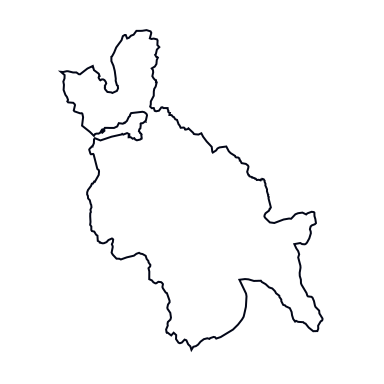 Solok, Sumatera Barat, Indonesia, rotated 5°
{"feature_id": "22746128B59065860162276", "entity_name": "Solok", "entity_type": "district", "adm_level": 2, "iso_a3": "IDN", "parent_name": "Indonesia", "parent_adm1": "Sumatera Barat", "projection": "natural_earth1", "projection_center": [100.733, -0.928], "detail": "fine", "context": "isolated", "style": "outline", "palette": "ink", "viewbox_px": 384, "rotation_deg": 5, "n_neighbors": 0, "source": "geoboundaries", "source_scale": "gbopen_adm2", "svg_char_len": 5960}
<svg xmlns="http://www.w3.org/2000/svg" viewBox="0 0 384 384"><g transform="rotate(5 192 192)"><path d="M82.2,75.1L77.1,78.1L70.2,84.5L69.0,84.5L66.5,83.0L63.2,83.3L58.0,82.5L56.6,82.6L53.2,83.7L50.9,83.7L54.9,86.6L55.1,90.0L54.2,93.2L55.1,96.4L55.2,101.5L57.4,106.2L59.2,108.3L60.5,111.1L59.9,112.6L60.8,113.5L65.9,113.5L67.4,114.7L67.9,115.6L67.1,121.1L67.9,121.9L73.8,123.4L75.3,123.1L76.0,123.7L77.0,127.0L76.7,135.5L85.0,141.0L89.4,144.6L90.4,142.7L92.0,142.1L93.8,142.0L95.3,141.0L96.9,137.7L97.6,137.4L98.0,137.6L98.0,138.0L96.9,139.9L96.9,140.5L97.4,140.8L99.4,138.7L99.0,136.7L99.6,135.7L108.7,135.0L111.8,133.2L113.1,129.8L117.2,130.0L118.6,128.8L119.0,129.1L121.0,126.8L122.5,122.7L123.5,121.8L123.6,120.5L124.5,118.7L135.7,116.4L137.6,116.7L139.1,117.6L140.1,118.5L140.5,119.6L139.8,124.8L139.4,125.2L139.6,125.9L139.1,125.8L136.8,127.8L135.2,128.0L134.8,128.5L135.1,130.1L135.0,133.1L134.1,134.1L133.8,136.1L135.1,137.3L135.2,137.9L136.3,138.4L136.8,139.3L136.5,139.7L137.2,142.6L136.8,143.0L137.0,143.4L135.7,144.3L132.6,145.3L130.9,144.7L129.8,143.4L128.3,144.1L126.0,142.7L124.1,143.0L124.0,141.5L124.6,140.9L124.3,140.4L124.5,139.9L122.2,139.0L118.5,140.8L117.4,140.2L116.9,140.8L107.1,143.9L96.3,148.6L90.6,146.9L89.8,148.1L90.0,151.9L89.3,154.2L88.3,155.4L89.9,155.3L88.4,155.4L86.3,157.8L85.9,158.8L87.5,162.7L88.1,163.2L90.2,162.7L90.7,163.1L95.7,177.3L97.2,178.3L97.6,179.6L97.6,183.1L95.1,188.6L94.3,190.3L93.7,190.1L92.5,192.3L91.5,192.5L90.9,194.7L88.2,199.1L87.6,201.4L87.8,203.8L88.5,204.6L89.1,207.5L90.9,209.1L92.1,212.7L92.7,213.6L93.2,216.0L92.4,218.5L93.0,220.8L92.5,222.0L92.7,225.1L93.5,230.7L93.4,233.6L94.7,235.1L95.0,238.6L95.7,239.6L98.1,240.0L100.2,242.9L101.6,243.7L102.4,248.9L104.9,250.1L104.8,250.5L107.4,250.9L108.7,250.7L111.2,249.4L113.0,247.1L116.3,245.3L116.9,245.5L117.6,246.2L117.5,248.9L116.7,251.0L117.7,252.9L117.8,254.0L117.2,259.4L118.5,261.3L122.6,265.0L125.4,264.8L127.0,265.4L132.7,262.8L139.7,260.5L142.0,258.4L144.6,257.2L146.0,257.9L148.1,258.1L151.4,259.6L152.7,262.7L154.5,264.5L154.9,266.0L156.9,268.3L156.8,269.8L155.3,271.7L156.4,274.9L157.0,282.6L159.8,283.6L161.4,285.3L163.5,286.2L164.4,286.0L166.3,284.4L169.1,284.5L170.0,285.1L171.1,286.3L170.8,289.2L171.4,290.5L174.6,294.5L175.8,294.9L179.1,302.2L179.3,303.8L177.9,306.2L177.5,309.4L177.8,310.5L180.9,314.3L182.0,319.0L181.6,321.0L179.3,323.6L179.1,325.5L179.5,327.2L178.2,331.2L178.9,334.1L179.3,334.5L179.9,334.2L183.8,336.7L186.0,333.8L188.7,335.9L188.9,339.9L191.7,343.3L193.1,343.7L195.0,342.9L197.5,339.7L199.3,340.2L201.5,344.1L203.8,345.9L205.2,349.3L206.8,346.1L209.3,345.2L211.3,343.6L213.5,340.4L216.6,337.6L220.0,336.4L222.2,336.8L222.8,336.0L226.2,334.5L227.7,334.7L228.9,335.9L233.2,334.0L244.8,325.5L249.4,320.1L252.9,314.7L254.3,311.8L254.8,308.5L255.7,301.7L255.4,291.2L254.7,288.5L246.9,275.3L252.4,274.1L255.9,274.1L261.4,275.2L268.4,274.4L269.3,275.5L273.4,277.4L277.1,280.3L280.4,281.1L283.3,283.6L284.6,285.6L288.0,287.7L288.2,288.9L290.3,291.3L290.5,293.0L292.7,296.5L294.5,296.8L295.4,297.7L299.6,299.2L301.7,302.9L302.4,306.0L303.9,309.7L306.0,312.1L306.9,311.3L309.0,312.1L314.2,312.0L315.3,312.9L316.6,313.2L320.1,316.9L324.9,320.1L329.0,319.6L329.7,317.2L329.3,314.2L331.5,309.6L332.7,308.8L333.1,307.9L333.0,306.6L329.5,301.9L329.0,299.1L325.1,295.8L324.4,294.5L323.0,290.0L321.2,286.7L320.1,286.0L316.7,285.9L315.9,285.2L314.9,282.7L309.2,274.8L308.5,273.3L308.1,269.8L306.7,266.3L306.3,263.1L306.7,258.0L306.4,256.0L303.5,247.9L304.2,244.7L302.9,241.6L300.9,239.2L298.5,235.0L304.3,233.4L306.2,234.3L308.7,234.3L309.6,234.0L310.9,232.5L312.9,228.0L314.0,222.8L313.7,221.0L312.7,218.8L313.2,216.0L314.3,214.8L317.2,213.4L318.2,212.2L317.2,208.1L316.1,205.3L315.7,201.9L315.1,201.4L312.9,201.3L308.8,203.2L307.7,204.4L303.8,202.9L299.5,203.9L296.9,205.2L293.1,210.0L291.0,210.0L285.7,211.4L276.7,215.7L272.2,215.5L267.3,211.5L266.3,210.2L266.3,208.8L267.1,206.8L270.3,203.9L270.8,202.1L271.1,202.2L271.9,200.5L268.8,191.7L268.9,190.3L268.4,190.0L268.0,188.4L268.8,188.5L267.9,187.9L266.6,184.7L266.5,182.8L264.5,179.0L264.5,177.5L263.4,175.4L263.4,174.5L262.3,173.1L260.8,172.8L260.6,173.5L259.5,173.6L259.3,174.4L257.5,174.0L255.5,174.4L254.4,173.3L253.6,173.3L253.3,172.8L250.7,172.4L250.7,172.0L247.8,171.3L247.3,170.2L246.6,170.0L245.2,167.1L246.0,163.0L246.0,161.6L245.4,160.7L243.2,159.3L238.9,158.9L237.6,156.8L236.9,156.6L236.9,155.8L236.3,155.1L236.2,154.4L234.8,153.6L233.0,153.7L232.0,153.0L231.8,152.3L227.1,149.9L225.1,148.2L222.2,143.7L215.5,145.2L213.6,146.4L212.4,148.5L209.3,150.9L208.7,150.1L207.7,145.3L202.2,140.4L198.2,135.9L196.2,132.7L193.4,134.2L190.0,134.2L188.7,134.0L188.1,133.0L182.9,128.9L182.4,129.6L180.3,130.4L179.6,130.3L179.3,129.3L178.2,128.5L175.1,129.0L173.8,126.7L172.8,125.8L170.8,121.5L169.0,121.0L167.4,118.9L166.3,118.6L165.0,117.2L162.8,117.2L163.1,115.2L162.5,115.2L161.3,114.1L161.4,113.1L160.7,112.0L160.4,110.5L156.1,110.9L155.3,110.2L154.1,110.4L152.0,113.9L149.2,114.7L147.8,114.4L146.6,111.7L144.6,112.0L142.9,110.6L143.3,108.4L143.1,105.3L145.5,99.5L145.2,95.1L145.4,92.5L146.6,90.2L147.3,85.7L147.8,85.2L146.5,85.6L146.4,83.8L145.6,83.7L143.9,82.2L142.4,80.1L142.9,76.2L142.5,74.0L141.1,72.4L144.1,70.2L145.4,67.6L145.4,63.5L146.3,61.1L145.4,60.5L144.8,60.6L143.3,58.6L144.0,57.7L144.6,53.2L146.8,50.5L144.7,48.6L144.5,44.0L143.8,43.0L140.5,42.5L138.2,43.1L136.6,42.6L137.5,37.7L137.5,36.8L136.7,35.6L132.6,34.7L128.2,35.8L122.6,36.3L120.1,40.4L117.6,41.6L115.7,43.9L114.0,44.7L112.3,41.4L111.2,41.5L109.5,42.8L108.6,46.9L103.9,54.6L102.3,59.8L100.5,63.9L99.9,64.3L100.3,68.7L102.7,73.0L104.5,78.2L106.2,85.8L106.3,87.9L107.9,92.2L108.8,92.6L109.3,95.2L108.4,97.8L104.0,100.3L102.9,99.8L99.0,99.7L96.6,97.3L96.0,95.9L96.3,95.1L95.9,94.0L97.1,91.3L96.4,89.7L95.1,88.2L93.8,87.6L92.4,87.7L91.0,88.7L90.3,88.2L89.0,86.3L89.3,84.7L89.8,84.5L88.8,82.3L83.7,79.1L83.0,77.1L82.2,76.5L82.6,76.2L82.2,75.1Z" fill="none" stroke="#020617" stroke-width="2"/></g></svg>